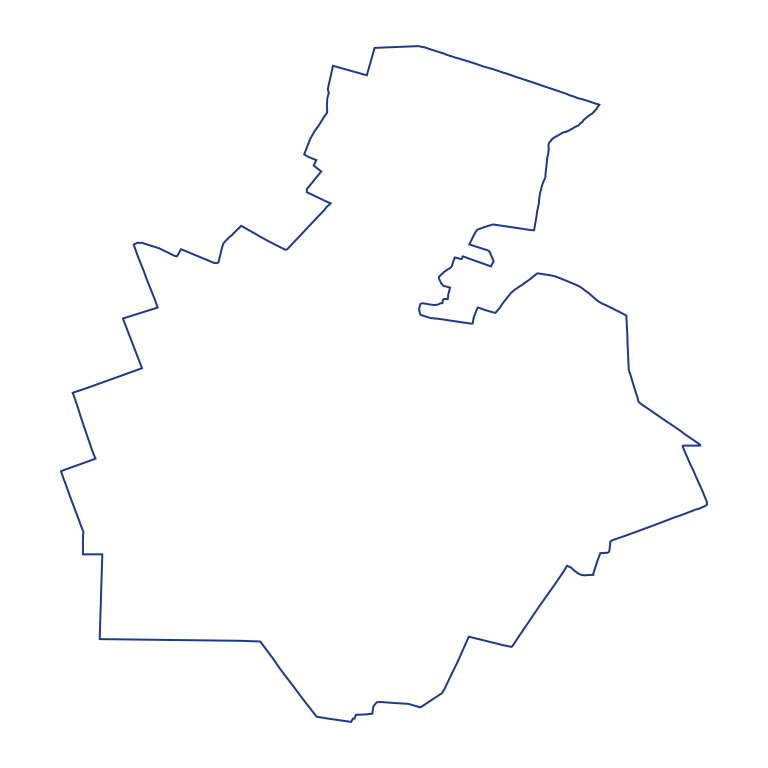 outline of Perisor, Dolj, Romania
{"feature_id": "2599482B45480684732050", "entity_name": "Perisor", "entity_type": "district", "adm_level": 2, "iso_a3": "ROU", "parent_name": "Romania", "parent_adm1": "Dolj", "projection": "equal_earth", "projection_center": [23.523, 44.157], "detail": "fine", "context": "isolated", "style": "outline", "palette": "blue", "viewbox_px": 768, "rotation_deg": 0, "n_neighbors": 0, "source": "geoboundaries", "source_scale": "gbopen_adm2", "svg_char_len": 6035}
<svg xmlns="http://www.w3.org/2000/svg" viewBox="0 0 768 768"><path d="M479.7,639.3L487.8,641.4L497.9,643.8L501.8,644.9L509.0,646.4L511.5,646.8L511.7,646.7L512.2,646.4L512.5,646.0L517.8,638.0L533.6,614.7L539.2,606.4L555.0,584.1L564.1,570.8L567.1,565.7L571.2,567.7L574.2,570.6L578.4,573.5L581.5,575.0L584.5,575.3L585.8,575.3L587.6,575.0L593.3,574.9L593.3,574.6L593.3,573.6L597.6,560.3L600.4,553.1L603.7,553.0L607.5,552.8L608.0,552.6L608.5,552.2L609.1,551.6L609.3,550.8L609.6,548.8L610.0,545.9L610.2,542.4L610.5,541.6L610.8,541.1L614.1,539.6L628.8,534.5L651.4,526.2L675.0,517.2L678.3,516.2L685.2,513.6L695.9,509.5L699.0,508.7L705.1,506.0L706.2,505.3L707.0,504.6L707.0,502.8L706.6,501.2L702.1,490.2L695.8,476.3L694.1,472.2L692.4,468.4L691.8,467.3L690.1,463.8L684.5,450.9L682.7,446.6L682.7,446.1L682.8,445.8L683.1,445.6L700.2,445.6L700.1,444.8L699.9,444.5L686.1,435.1L683.6,433.3L680.8,431.1L671.9,425.0L666.9,421.7L647.0,408.0L644.0,406.0L641.7,404.4L638.9,402.2L638.3,401.0L638.0,399.9L637.7,398.3L637.4,397.2L633.9,386.4L630.3,374.3L628.8,370.3L627.6,345.6L627.2,331.3L626.8,325.1L626.4,316.9L626.5,315.7L622.3,313.4L617.8,311.1L606.3,305.4L602.7,303.8L599.4,302.0L597.2,300.5L589.6,293.9L585.3,290.7L582.1,288.2L579.5,286.5L577.4,285.4L567.9,281.4L556.4,276.8L554.1,276.1L552.8,275.8L550.3,275.3L538.2,273.4L537.4,273.4L537.0,273.6L536.2,274.2L531.8,277.8L530.2,279.1L526.9,281.4L521.4,285.4L520.9,285.6L520.2,286.0L517.4,287.9L515.1,289.5L514.5,289.9L510.8,293.1L503.0,303.0L501.8,304.7L499.5,308.1L495.5,312.8L495.3,312.9L495.2,312.9L491.5,311.9L489.6,311.4L486.3,310.3L485.0,310.0L480.3,308.3L478.2,307.6L477.9,307.5L477.7,307.6L477.2,308.6L473.7,317.4L473.4,319.3L472.7,323.5L470.0,323.5L467.7,323.1L463.1,322.5L438.4,318.8L431.9,318.2L430.5,318.0L424.8,316.3L423.0,315.6L421.3,315.2L421.0,315.1L420.6,314.7L419.7,312.6L419.4,311.1L419.2,310.3L419.2,309.6L419.2,308.5L419.4,307.8L419.7,306.3L420.2,304.8L420.6,303.9L421.0,303.6L421.6,303.4L422.2,303.3L422.7,303.3L426.8,303.9L428.3,304.2L432.6,304.9L435.0,305.0L436.5,304.8L438.1,304.5L438.5,304.4L440.2,303.4L440.6,303.3L442.3,303.1L442.5,302.9L442.7,302.3L442.6,301.7L442.9,300.2L443.0,299.9L443.2,299.6L443.6,299.3L444.3,299.1L445.0,298.9L446.0,298.9L447.6,299.1L447.8,299.0L447.9,298.7L448.2,295.0L448.4,293.9L448.5,293.3L448.9,292.5L450.0,287.6L449.3,287.4L447.6,286.9L443.2,285.8L442.3,284.4L441.5,283.8L440.9,282.9L440.3,281.3L439.5,279.7L439.2,279.2L439.0,278.6L439.0,277.5L439.0,277.0L439.7,276.1L441.2,274.7L442.8,273.2L443.5,272.5L444.8,271.4L446.5,270.3L447.3,269.7L448.2,269.2L450.6,267.7L451.2,267.0L451.7,266.3L452.1,265.5L452.4,264.6L453.1,262.0L453.2,261.3L453.5,260.8L454.0,260.0L454.2,259.6L454.3,259.2L454.5,257.8L454.6,257.5L456.2,257.7L460.3,258.9L461.4,259.0L461.6,258.9L462.0,258.6L462.7,256.3L462.9,256.3L470.4,259.1L491.0,266.4L491.3,265.6L493.6,261.2L493.3,260.5L491.0,255.1L489.9,252.3L489.2,251.3L488.5,250.7L487.6,250.3L476.6,246.8L469.3,244.4L472.6,237.7L474.9,233.2L475.8,231.7L476.4,230.8L477.4,229.7L477.8,229.5L483.5,227.4L492.0,224.7L492.6,224.6L493.5,224.5L494.1,224.6L530.5,230.0L533.9,230.3L534.1,230.1L535.4,222.4L535.8,220.4L536.4,217.2L536.8,214.2L537.2,211.1L537.9,208.1L538.0,207.0L538.8,204.3L538.8,203.8L539.0,201.0L539.1,199.0L539.5,197.1L539.7,194.9L540.1,192.6L540.7,190.9L541.1,189.0L542.0,185.6L542.4,184.4L543.3,182.0L543.8,180.8L544.5,179.4L545.4,176.9L545.5,176.6L545.5,176.1L545.4,175.0L545.5,174.4L545.7,172.2L546.0,169.7L546.2,167.4L546.4,166.7L546.4,166.3L547.1,159.4L547.3,158.2L547.4,157.0L547.7,155.4L547.9,155.0L548.3,153.2L548.8,148.4L548.5,146.3L548.5,145.0L549.1,143.0L549.5,142.2L550.6,141.2L551.8,139.4L552.5,138.8L553.9,137.7L555.0,137.1L559.5,134.6L562.6,132.7L563.0,132.5L565.9,131.7L566.0,131.9L569.1,130.5L569.5,130.2L570.1,129.8L571.9,128.9L574.8,127.1L575.9,126.6L578.0,125.7L578.4,125.5L579.2,124.8L580.0,123.7L580.3,123.4L580.9,122.9L582.7,121.6L582.9,121.3L583.0,120.9L583.4,120.3L583.8,119.8L585.9,118.1L586.6,117.4L587.4,116.7L589.1,115.6L589.6,115.1L590.2,114.7L591.9,113.8L593.1,112.6L594.9,110.6L596.2,109.3L597.0,108.2L597.4,107.2L598.5,106.1L599.4,104.8L598.0,104.2L595.9,103.7L595.1,103.4L591.8,102.4L590.7,101.9L583.2,99.5L580.6,98.8L578.4,98.3L576.9,97.8L574.4,96.7L572.8,96.2L571.0,95.7L568.4,94.8L567.1,93.9L565.6,93.6L559.4,91.4L544.1,86.3L542.3,85.8L541.2,85.3L538.4,84.3L530.7,81.7L516.6,77.1L504.8,73.0L503.5,72.7L498.5,71.0L492.9,69.1L483.8,66.6L481.4,65.8L474.4,63.3L470.2,62.0L459.1,58.6L454.4,57.3L452.7,56.7L449.2,55.6L446.5,54.7L446.0,54.5L445.4,54.1L443.7,53.5L438.9,52.0L437.7,51.6L429.9,49.2L425.9,47.7L424.7,47.4L418.2,46.1L374.6,47.9L366.8,75.3L333.0,65.8L327.8,89.1L328.8,93.0L327.3,98.2L326.9,106.1L327.2,110.2L327.1,112.7L323.9,117.0L319.2,124.8L314.7,131.0L310.2,138.9L304.2,154.4L308.4,156.9L316.3,160.1L313.7,165.5L321.2,171.5L306.7,189.3L307.0,192.3L311.1,194.2L327.2,201.9L330.6,203.3L329.5,204.5L326.8,206.8L324.0,210.5L319.1,215.4L287.3,249.2L286.4,249.6L285.2,249.7L280.6,247.4L266.9,240.4L241.2,225.8L234.7,232.2L232.8,234.1L232.1,235.0L230.6,236.1L229.0,237.5L225.6,240.9L224.2,242.4L223.4,243.6L222.9,244.9L222.1,247.4L218.9,260.5L218.5,262.4L217.8,262.7L216.2,263.2L214.1,262.9L181.0,249.2L177.8,255.1L176.9,256.3L174.9,256.0L159.1,248.3L142.2,242.9L137.3,242.8L133.7,244.6L137.9,256.5L143.9,271.4L146.4,278.4L155.1,300.2L157.6,307.6L122.9,318.5L142.0,368.2L86.1,388.3L72.7,392.7L74.4,397.3L77.9,407.6L80.8,417.0L84.0,426.6L92.8,452.1L94.3,455.8L95.5,458.7L65.4,469.5L61.0,471.3L63.4,478.2L65.9,484.8L70.7,498.3L78.8,519.6L80.0,523.2L82.0,528.4L83.4,531.9L83.1,535.0L82.9,539.8L83.0,554.3L102.3,554.3L99.8,635.7L99.8,639.1L132.1,639.5L240.0,640.8L260.3,641.5L265.0,647.8L273.3,659.0L280.5,669.5L294.2,687.4L302.2,698.2L316.6,716.7L327.4,718.5L351.2,721.9L352.8,718.7L354.5,718.6L356.0,714.8L364.4,714.5L372.3,713.7L373.4,706.3L376.7,702.3L380.7,702.0L394.1,703.0L407.9,703.8L420.1,707.3L421.7,706.6L432.0,699.7L441.9,693.2L444.0,690.0L452.1,673.0L457.5,662.1L468.6,637.1L468.9,636.6L473.1,637.8L479.7,639.3Z" fill="none" stroke="#1e3a8a" stroke-width="2"/></svg>